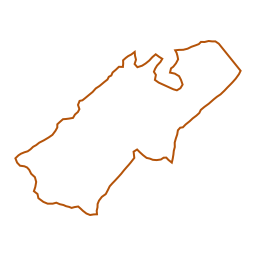 Paracambi, Rio de Janeiro, Brazil
{"feature_id": "56859067B55685454752047", "entity_name": "Paracambi", "entity_type": "district", "adm_level": 2, "iso_a3": "BRA", "parent_name": "Brazil", "parent_adm1": "Rio de Janeiro", "projection": "robinson", "projection_center": [-43.72, -22.62], "detail": "fine", "context": "isolated", "style": "outline", "palette": "amber", "viewbox_px": 256, "rotation_deg": 0, "n_neighbors": 0, "source": "geoboundaries", "source_scale": "gbopen_adm2", "svg_char_len": 2135}
<svg xmlns="http://www.w3.org/2000/svg" viewBox="0 0 256 256"><path d="M134.7,51.9L131.3,54.5L128.2,56.1L125.9,57.8L123.1,60.3L123.2,63.5L122.9,66.9L118.9,66.8L115.9,69.7L112.6,72.5L111.3,75.5L108.8,76.8L107.5,79.5L104.3,82.0L101.8,84.1L99.5,86.0L95.8,88.4L92.6,92.0L88.8,95.1L84.7,98.5L82.4,100.3L79.6,100.9L78.0,104.9L79.4,109.1L77.9,112.0L75.0,114.5L73.0,117.9L69.0,118.6L65.9,119.0L63.0,119.2L59.7,122.1L57.3,124.3L57.3,127.5L55.4,130.9L52.4,134.9L48.6,137.5L43.9,140.3L39.2,142.7L36.2,145.1L33.1,146.8L30.5,149.3L27.7,151.3L24.4,152.3L21.0,153.7L18.5,155.3L15.4,158.3L17.1,162.6L20.0,165.7L24.4,166.3L27.1,167.5L29.2,169.8L31.2,173.8L34.9,177.2L36.2,181.9L35.3,186.9L33.9,191.2L37.5,194.0L38.4,198.2L43.4,201.9L47.7,203.7L52.6,203.7L56.3,202.7L59.8,204.2L63.4,205.0L66.1,206.2L69.1,206.9L71.6,207.9L74.5,207.1L78.2,206.5L80.8,208.8L82.9,210.8L86.4,213.5L90.1,215.0L93.8,214.4L97.0,214.3L96.7,210.8L97.5,207.3L97.6,204.0L99.0,200.6L101.8,196.9L105.8,194.0L108.0,189.8L109.7,186.3L112.3,183.4L115.1,180.5L118.6,176.7L121.2,173.8L123.9,170.4L126.3,167.6L128.8,164.8L130.8,162.4L134.3,157.9L133.6,151.7L137.1,149.5L139.8,152.2L143.1,155.2L146.6,157.9L149.8,158.6L152.8,159.8L156.6,160.1L160.9,159.5L163.6,157.7L166.3,157.6L168.4,159.9L171.8,162.6L172.7,158.8L173.4,154.6L173.8,150.8L174.8,147.0L174.7,142.6L175.9,138.3L177.2,134.5L177.9,130.3L180.2,127.7L182.9,127.3L185.6,124.5L189.6,121.3L192.7,118.4L196.3,115.7L199.3,113.0L200.8,109.9L204.4,106.9L208.8,103.7L213.8,99.3L216.9,96.8L220.5,94.4L224.4,90.7L227.5,87.4L230.0,84.9L232.6,82.2L235.7,78.7L239.0,74.1L240.6,70.8L218.8,43.7L215.4,41.4L212.1,41.4L208.7,41.0L204.6,42.0L201.0,41.9L198.8,44.1L195.7,45.3L191.4,46.8L187.6,48.7L183.2,49.8L178.8,49.9L175.2,50.3L176.6,52.9L177.5,56.1L178.1,59.3L176.0,63.3L173.3,66.7L171.0,68.4L170.0,72.6L174.8,73.6L179.1,76.2L181.0,79.9L182.6,84.6L180.4,88.2L176.9,90.3L173.4,89.3L158.7,82.6L154.9,79.9L155.9,74.9L153.9,71.8L155.2,68.6L157.1,65.5L160.4,62.0L162.3,58.8L159.2,56.9L155.7,54.3L152.4,57.1L149.2,60.6L145.6,63.5L142.1,65.7L137.4,67.2L134.6,64.0L136.0,59.7L135.0,55.7L134.7,51.9Z" fill="none" stroke="#b45309" stroke-width="2"/></svg>